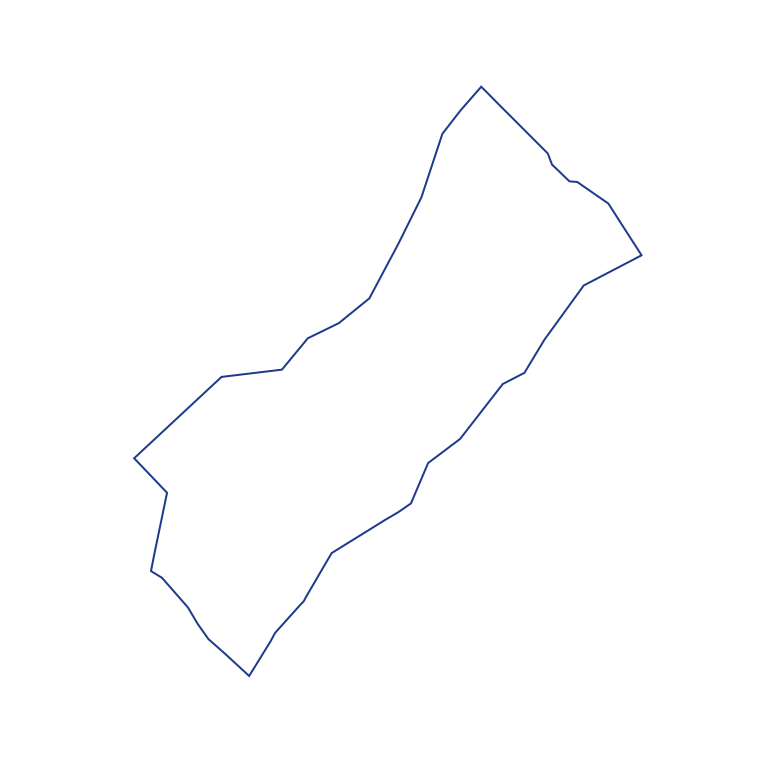 outline of Xo'vsgol, Dornogovi, Mongolia, rotated 278°
{"feature_id": "93677404B21741172653366", "entity_name": "Xo'vsgol", "entity_type": "district", "adm_level": 2, "iso_a3": "MNG", "parent_name": "Mongolia", "parent_adm1": "Dornogovi", "projection": "albers", "projection_center": [110.095, 43.425], "detail": "fine", "context": "isolated", "style": "outline", "palette": "blue", "viewbox_px": 768, "rotation_deg": 278, "n_neighbors": 0, "source": "geoboundaries", "source_scale": "gbopen_adm2", "svg_char_len": 931}
<svg xmlns="http://www.w3.org/2000/svg" viewBox="0 0 768 768"><g transform="rotate(278 384 384)"><path d="M76.1,291.1L113.2,307.4L122.4,310.8L153.0,331.4L157.8,334.8L162.0,336.3L209.3,355.7L249.8,404.3L258.9,415.8L269.5,427.3L311.9,438.7L340.2,467.0L400.5,501.6L414.6,521.5L450.4,536.8L509.4,568.1L547.3,621.1L547.6,620.9L562.7,607.9L577.3,595.3L593.9,581.1L602.4,564.2L607.6,553.9L608.2,552.7L610.9,547.4L610.9,547.2L610.7,542.5L610.5,539.5L610.5,539.4L611.5,538.1L614.1,534.4L617.2,530.2L617.5,529.8L624.6,519.9L627.3,518.4L627.6,518.2L635.0,514.2L647.0,498.3L655.7,486.8L667.1,471.7L675.8,460.1L690.3,441.1L690.6,440.6L691.9,438.9L665.4,421.6L639.9,407.0L574.2,395.1L524.8,378.7L466.8,357.6L438.0,330.8L418.7,302.2L384.0,280.9L373.7,242.1L368.4,222.1L275.7,146.9L246.1,184.3L181.6,180.1L166.3,179.3L161.2,191.1L135.5,220.9L120.4,233.0L106.9,245.7L94.9,263.9L76.1,291.1Z" fill="none" stroke="#1e3a8a" stroke-width="2"/></g></svg>